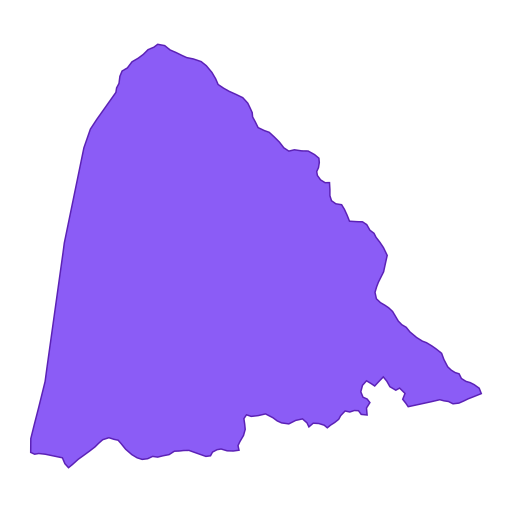 outline of Crisópolis, Bahia, Brazil
{"feature_id": "56859067B36818450033249", "entity_name": "Crisópolis", "entity_type": "district", "adm_level": 2, "iso_a3": "BRA", "parent_name": "Brazil", "parent_adm1": "Bahia", "projection": "mercator", "projection_center": [-38.126, -11.499], "detail": "fine", "context": "isolated", "style": "filled", "palette": "violet", "viewbox_px": 512, "rotation_deg": 0, "n_neighbors": 0, "source": "geoboundaries", "source_scale": "gbopen_adm2", "svg_char_len": 2649}
<svg xmlns="http://www.w3.org/2000/svg" viewBox="0 0 512 512"><path d="M481.3,393.6L479.2,388.2L474.1,384.6L470.2,382.6L466.0,381.4L461.4,378.5L459.1,373.8L455.2,372.6L451.3,370.2L447.7,366.8L443.9,359.5L441.6,353.3L436.2,349.0L431.8,345.9L426.5,342.7L422.3,341.1L416.6,337.5L409.9,331.9L406.2,327.3L401.8,324.7L398.3,321.1L395.4,316.2L392.6,311.5L388.8,307.9L385.0,305.3L380.4,302.6L376.4,298.8L375.0,292.3L376.7,286.6L378.4,282.2L380.9,277.2L383.6,271.8L385.5,263.0L387.2,255.4L383.5,247.7L379.9,242.3L376.0,237.3L374.0,233.3L369.9,230.2L366.8,224.7L362.5,221.8L357.5,221.7L349.5,221.2L347.1,215.2L344.4,209.3L341.6,204.7L335.8,203.8L331.5,200.7L329.9,195.7L329.9,189.6L329.5,182.6L325.1,182.7L320.6,179.9L317.4,175.5L316.7,171.6L318.5,167.6L319.3,162.5L318.9,158.2L314.7,154.7L308.1,151.0L301.9,150.9L294.4,149.8L288.8,151.1L283.8,147.8L279.4,142.1L274.3,137.0L269.2,132.3L264.4,130.6L258.1,127.6L255.3,121.9L252.6,116.9L252.2,112.6L250.3,108.4L247.8,103.2L242.8,97.7L236.0,94.4L229.1,91.3L223.6,88.2L218.1,84.5L215.7,78.9L211.9,72.4L206.4,65.8L201.2,61.6L197.1,60.2L193.2,58.9L186.7,57.6L182.1,55.5L176.8,52.9L170.0,49.9L164.7,45.6L157.7,44.3L153.9,47.2L148.1,49.6L143.3,54.4L138.2,58.2L132.0,61.8L127.4,67.9L122.1,71.0L119.9,76.3L119.0,83.4L116.6,87.9L115.9,92.4L96.7,119.5L90.4,129.1L83.9,147.8L64.3,243.0L63.0,252.9L46.9,368.1L45.1,381.5L38.7,407.4L34.3,424.5L30.8,438.6L30.7,452.4L34.6,454.2L38.7,453.5L45.2,454.2L62.4,457.8L64.9,463.7L68.5,467.7L72.9,464.1L78.2,459.3L83.5,455.5L89.4,451.2L95.0,446.9L98.5,443.4L102.7,439.7L108.9,437.7L113.9,439.3L118.1,440.2L121.1,443.6L125.6,449.2L131.8,454.6L137.1,457.8L142.2,459.4L147.7,458.7L152.6,456.4L157.7,457.1L162.9,455.8L169.1,454.6L174.4,451.2L179.2,451.0L183.6,450.5L189.0,450.4L194.0,452.2L200.2,454.4L205.9,456.4L210.5,455.8L212.5,452.1L217.0,449.7L221.1,449.0L227.1,450.8L233.3,451.0L239.0,450.2L238.0,445.6L239.9,441.6L243.5,435.5L245.2,429.4L244.7,424.2L243.9,418.6L246.5,414.8L251.2,416.4L258.2,415.6L265.5,413.9L272.9,417.7L277.2,420.9L281.6,422.9L288.8,423.9L295.7,420.4L302.5,418.9L307.0,422.9L308.9,426.9L313.2,423.2L318.8,423.5L324.2,425.2L327.3,427.8L330.6,425.1L334.7,422.5L338.7,419.3L340.7,415.6L345.1,411.0L349.8,412.0L354.3,410.5L358.5,410.7L361.2,414.4L367.1,415.0L366.5,408.0L369.9,402.6L367.1,399.0L363.0,397.2L360.8,391.8L362.5,385.3L366.5,380.8L371.3,383.7L374.7,386.0L378.2,382.2L383.3,376.9L386.8,381.2L389.9,386.7L395.8,390.2L399.6,388.1L405.0,393.4L402.7,399.3L405.8,403.2L408.2,406.7L431.3,401.7L439.8,399.7L443.9,400.8L448.5,401.5L453.0,403.8L458.9,403.1L463.7,401.0L468.2,398.8L474.1,396.5L481.3,393.6Z" fill="#8b5cf6" stroke="#5b21b6" stroke-width="1.5"/></svg>